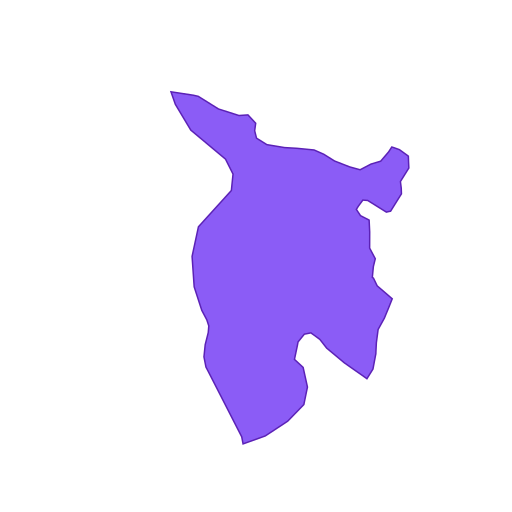 West Herzegovina, Robinson projection, rotated 32°
{"feature_id": "BIH-2227", "entity_name": "West Herzegovina", "entity_type": "Canton", "adm_level": 1, "iso_a3": "BIH", "parent_name": "Bosnia and Herzegovina", "parent_adm1": "", "projection": "robinson", "projection_center": [17.518, 43.363], "detail": "fine", "context": "isolated", "style": "filled", "palette": "violet", "viewbox_px": 512, "rotation_deg": 32, "n_neighbors": 0, "source": "natural_earth", "source_scale": "10m", "svg_char_len": 1374}
<svg xmlns="http://www.w3.org/2000/svg" viewBox="0 0 512 512"><g transform="rotate(32 256 256)"><path d="M276.5,379.1L272.4,376.7L265.3,369.1L259.9,358.1L256.1,346.3L253.0,340.3L248.1,336.2L238.8,330.8L219.9,314.9L202.0,290.2L191.7,261.7L200.4,213.5L193.1,198.7L178.8,190.0L134.0,183.8L107.2,170.1L96.9,161.8L117.8,152.8L122.4,151.2L146.3,151.2L167.1,145.9L174.4,140.6L185.4,143.6L188.5,150.5L194.0,155.8L206.2,155.8L222.8,148.9L233.8,142.9L249.1,135.3L259.5,133.8L272.3,133.8L288.2,130.8L298.6,127.7L304.8,117.1L311.5,109.5L313.3,97.4L313.4,91.6L315.8,91.0L321.3,89.8L331.5,90.5L332.3,90.6L335.4,95.2L339.0,100.4L339.0,111.0L339.0,116.3L343.3,121.6L346.4,126.2L346.4,137.5L346.4,146.7L345.1,147.9L343.3,149.7L336.6,149.7L326.8,149.7L321.3,149.7L317.9,151.5L317.0,151.9L316.4,159.5L316.4,163.3L322.8,166.2L323.1,166.4L325.8,166.2L332.9,165.6L339.7,175.4L348.2,189.1L358.6,195.1L361.1,202.7L366.0,212.5L367.3,212.5L374.6,217.1L394.2,220.1L396.0,230.0L397.3,237.8L397.8,240.6L398.4,251.7L398.5,253.6L404.0,265.7L408.4,273.6L409.5,275.5L410.2,277.4L415.1,289.9L415.1,301.3L413.7,301.2L387.5,299.8L374.5,298.0L364.8,296.7L354.4,292.9L343.3,292.1L338.4,296.7L337.2,306.6L338.6,310.2L343.4,323.3L344.5,323.5L355.0,325.5L369.1,339.9L369.9,342.1L375.3,356.6L370.4,379.3L359.2,403.7L344.6,422.2L339.7,416.9L276.5,379.1Z" fill="#8b5cf6" stroke="#5b21b6" stroke-width="1.5"/></g></svg>